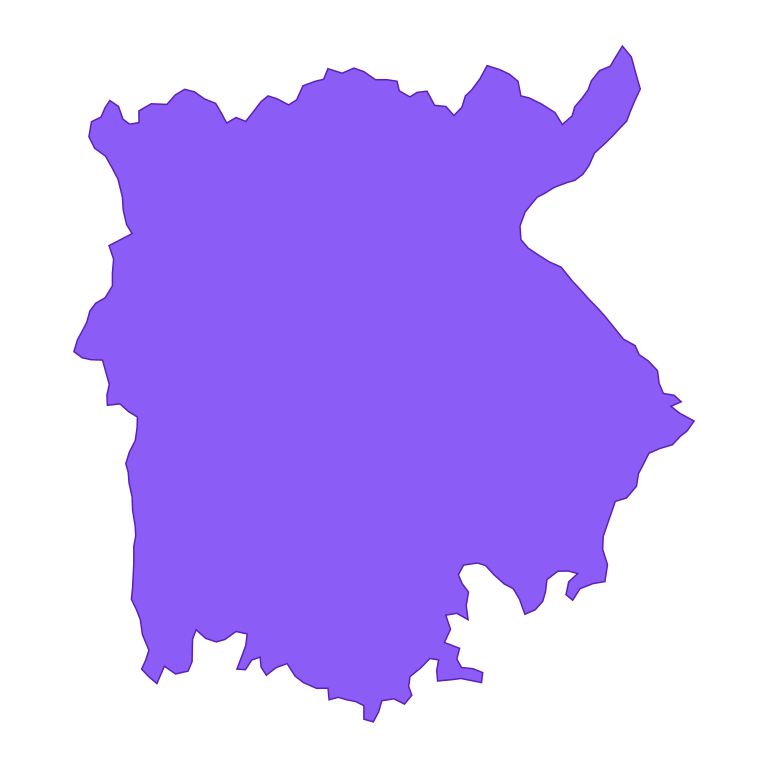 the district of Irani, Santa Catarina, Brazil
{"feature_id": "56859067B52796199772180", "entity_name": "Irani", "entity_type": "district", "adm_level": 2, "iso_a3": "BRA", "parent_name": "Brazil", "parent_adm1": "Santa Catarina", "projection": "orthographic", "projection_center": [-51.911, -27.029], "detail": "fine", "context": "isolated", "style": "filled", "palette": "violet", "viewbox_px": 768, "rotation_deg": 0, "n_neighbors": 0, "source": "geoboundaries", "source_scale": "gbopen_adm2", "svg_char_len": 3188}
<svg xmlns="http://www.w3.org/2000/svg" viewBox="0 0 768 768"><path d="M694.1,421.0L679.8,413.3L670.9,406.3L681.2,401.8L674.1,395.3L663.3,393.4L659.1,383.2L657.5,370.7L648.5,361.1L639.1,354.6L635.1,345.6L623.4,339.1L613.3,326.6L604.7,316.0L597.9,308.4L588.5,298.8L580.5,289.8L572.5,281.3L561.2,267.2L549.1,261.8L538.5,255.1L528.0,248.0L520.9,239.6L520.0,225.9L525.1,212.0L531.2,204.4L537.1,197.3L544.6,193.4L554.2,187.4L566.6,182.7L574.8,180.3L582.8,174.3L589.1,165.3L594.5,153.1L604.7,143.7L612.9,135.7L619.5,128.5L626.7,121.1L630.3,111.5L634.7,100.9L640.3,89.0L637.5,79.4L634.7,69.2L631.3,56.9L622.4,46.1L615.2,57.8L610.3,66.2L599.5,70.7L591.3,80.9L588.1,89.9L582.0,98.3L574.7,106.9L572.1,115.9L562.3,124.5L555.0,112.6L541.5,104.0L529.1,97.9L520.9,95.9L518.0,81.3L509.4,74.2L500.0,69.7L487.1,65.6L479.9,78.9L471.7,89.9L465.4,95.9L461.9,107.3L453.9,115.5L445.9,106.5L434.6,105.3L427.0,91.2L417.1,92.4L409.9,96.9L399.3,90.8L397.0,81.2L386.7,79.7L375.4,79.7L363.9,71.6L353.9,68.1L342.2,73.2L327.9,68.7L323.6,79.3L315.5,81.2L303.0,85.7L296.7,99.8L288.7,104.9L277.3,98.9L268.1,95.9L260.9,101.8L253.6,111.4L245.7,121.4L236.1,117.5L226.7,123.0L221.3,113.0L215.7,103.4L204.4,98.9L194.6,91.9L184.7,89.3L175.2,95.0L166.9,104.4L151.2,103.8L138.9,110.9L139.0,122.6L129.7,124.2L122.9,119.1L118.5,106.4L109.8,100.5L104.9,108.0L101.1,117.0L91.5,121.7L88.9,136.7L94.7,148.3L105.5,156.1L111.8,167.3L118.1,179.4L122.4,197.0L123.3,210.5L126.6,224.6L132.1,233.6L109.0,245.6L113.6,259.1L112.4,273.2L112.4,285.9L105.1,297.8L95.6,303.3L89.9,311.0L86.8,322.1L82.2,331.1L77.5,339.7L73.9,351.7L82.3,357.8L91.0,359.7L102.5,360.1L109.3,384.4L106.9,395.3L107.4,405.3L120.0,403.9L128.5,411.6L137.4,417.0L137.1,427.6L135.3,440.5L129.4,452.1L125.8,463.6L128.2,472.2L129.1,483.2L132.1,496.9L132.6,510.4L135.2,526.1L135.7,536.0L133.8,546.4L133.8,563.1L133.2,575.8L132.6,587.3L131.4,599.3L136.1,608.9L140.3,619.4L142.4,634.5L148.9,650.2L145.6,660.5L141.6,669.1L148.9,676.8L156.9,683.6L164.4,666.2L175.6,674.0L188.1,671.1L192.1,661.5L192.3,649.5L192.6,639.0L196.1,629.8L205.7,638.4L216.3,641.9L224.9,639.5L236.0,631.5L247.2,633.9L245.8,645.4L241.2,657.9L236.9,669.1L245.4,669.7L251.7,660.1L260.1,657.1L261.1,667.1L266.3,675.2L276.3,667.5L287.1,663.6L295.1,676.1L303.4,682.6L316.5,688.3L328.0,688.3L329.1,699.8L338.3,697.3L346.8,699.8L355.9,701.6L363.9,705.7L363.9,719.2L373.3,721.9L378.7,711.7L381.8,700.8L393.9,698.8L404.5,704.1L411.8,695.3L408.7,686.5L409.9,676.7L421.2,667.5L429.9,658.5L438.6,659.9L436.7,670.6L437.6,681.0L452.4,679.6L460.9,678.5L469.5,680.2L481.5,682.6L482.7,672.6L473.0,668.7L461.5,667.5L456.8,659.1L459.6,648.3L444.4,642.5L450.5,629.3L445.8,615.2L456.8,613.3L468.1,619.7L466.2,605.7L468.5,592.1L462.2,583.7L458.4,574.7L463.6,565.1L477.4,563.0L485.5,565.5L493.9,574.7L504.4,584.1L513.2,588.6L519.5,599.2L524.9,614.3L535.2,609.8L542.7,601.4L545.5,591.8L546.9,579.6L557.9,571.2L568.3,571.0L577.7,573.6L568.7,581.8L566.0,594.7L572.7,600.2L580.0,588.7L592.9,583.6L604.9,581.6L607.5,564.6L602.7,549.5L603.2,536.4L615.3,501.4L626.6,497.9L636.4,486.3L638.5,473.6L642.6,465.8L648.9,453.3L659.6,448.6L672.5,444.7L680.2,436.4L687.0,431.0L694.1,421.0Z" fill="#8b5cf6" stroke="#5b21b6" stroke-width="1.5"/></svg>